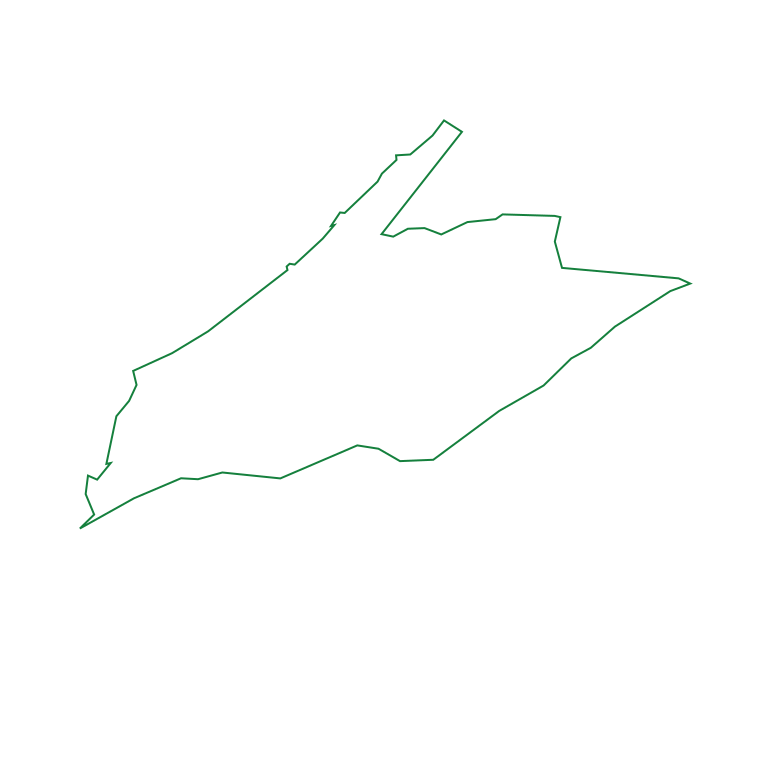 Blackrock Lea-6, Dún Laoghaire–Rathdown, Ireland, rotated 296°
{"feature_id": "5873133B82062231942837", "entity_name": "Blackrock Lea-6", "entity_type": "district", "adm_level": 2, "iso_a3": "IRL", "parent_name": "Ireland", "parent_adm1": "Dún Laoghaire–Rathdown", "projection": "equal_earth", "projection_center": [-6.181, 53.289], "detail": "fine", "context": "isolated", "style": "outline", "palette": "green", "viewbox_px": 768, "rotation_deg": 296, "n_neighbors": 0, "source": "geoboundaries", "source_scale": "gbopen_adm2", "svg_char_len": 886}
<svg xmlns="http://www.w3.org/2000/svg" viewBox="0 0 768 768"><g transform="rotate(296 384 384)"><path d="M608.5,615.2L608.1,602.5L566.4,493.1L586.9,475.1L611.3,469.4L609.9,463.7L588.4,416.2L581.1,412.1L566.1,388.0L543.5,369.9L541.9,352.1L534.0,337.4L520.5,327.7L517.6,316.1L644.8,343.5L647.2,322.4L628.6,318.7L601.8,307.0L594.8,294.6L590.9,297.0L572.2,289.9L563.1,289.5L520.5,273.7L518.9,269.3L502.9,267.1L505.1,269.7L487.8,265.2L452.2,251.4L450.7,246.5L446.9,245.0L444.1,247.3L354.2,202.8L318.8,180.0L285.8,152.8L274.7,162.0L257.1,162.3L237.7,157.6L190.5,169.5L193.2,173.0L172.3,168.1L171.9,158.1L154.3,164.1L139.6,180.7L120.8,174.0L171.7,209.4L210.3,242.9L216.9,258.6L233.6,277.5L253.7,332.2L317.1,386.9L323.4,407.4L321.7,432.2L337.5,461.5L410.4,499.4L452.6,528.1L489.1,541.1L507.2,554.0L536.8,566.4L593.0,600.6L608.5,615.2Z" fill="none" stroke="#15803d" stroke-width="2"/></g></svg>